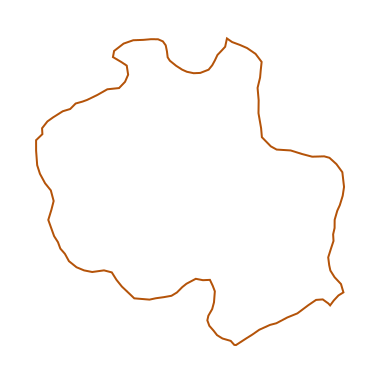 outline of Saatly District, Saatlı, Azerbaijan, rotated 175°
{"feature_id": "54616110B939777630101", "entity_name": "Saatly District", "entity_type": "district", "adm_level": 2, "iso_a3": "AZE", "parent_name": "Azerbaijan", "parent_adm1": "Saatlı", "projection": "mercator", "projection_center": [48.463, 39.842], "detail": "fine", "context": "isolated", "style": "outline", "palette": "amber", "viewbox_px": 384, "rotation_deg": 175, "n_neighbors": 0, "source": "geoboundaries", "source_scale": "gbopen_adm2", "svg_char_len": 1764}
<svg xmlns="http://www.w3.org/2000/svg" viewBox="0 0 384 384"><g transform="rotate(175 192 192)"><path d="M64.3,67.0L60.2,71.6L55.1,76.2L49.9,78.8L51.6,87.3L57.4,94.7L61.0,101.7L61.7,107.1L62.0,115.0L58.4,123.7L55.3,130.9L55.1,137.5L53.1,143.7L52.3,151.9L48.9,160.7L45.9,166.0L42.2,175.1L40.1,183.8L40.5,198.6L45.7,207.2L52.1,214.1L57.2,216.0L69.2,216.7L79.2,220.3L90.1,224.8L104.0,226.9L109.5,230.6L117.6,240.5L117.6,249.5L118.9,264.7L117.6,277.6L117.6,290.0L114.2,300.1L112.9,307.4L111.3,315.5L116.6,324.0L124.6,330.6L131.4,334.3L139.0,337.9L143.8,341.9L144.0,341.3L146.3,333.8L149.8,330.6L154.7,326.3L157.8,321.0L160.8,316.5L164.8,312.4L173.4,309.9L180.0,310.2L185.9,312.0L186.6,312.2L191.1,314.7L196.8,319.1L202.6,324.7L204.5,328.3L204.7,334.3L205.4,340.4L207.9,344.6L212.5,347.1L219.4,347.8L227.3,347.8L237.3,348.3L247.2,345.8L257.3,339.3L259.0,333.3L251.3,327.8L246.0,323.6L245.4,314.4L249.1,307.6L255.6,301.9L267.4,301.7L277.9,296.9L288.4,292.9L293.2,291.6L300.2,290.3L306.1,285.3L313.7,283.7L323.8,278.5L329.9,274.9L335.8,268.6L336.0,262.7L342.8,257.2L343.7,246.7L343.9,232.2L341.9,223.4L337.6,213.5L332.5,205.9L330.6,195.1L333.6,186.6L337.6,176.7L333.2,160.0L329.9,153.7L328.1,147.1L324.0,141.5L320.6,133.8L313.6,127.1L306.3,123.3L298.4,121.0L286.5,121.6L278.9,118.9L274.9,111.1L270.1,103.9L262.3,95.1L258.8,91.1L243.7,88.5L237.3,89.3L229.3,89.7L221.5,90.4L215.8,93.2L210.0,98.1L205.5,101.1L195.8,105.2L188.8,103.2L181.8,102.9L179.5,96.7L177.9,91.1L179.7,80.2L182.1,73.6L186.5,67.3L187.9,62.8L186.4,57.2L182.6,52.0L179.5,47.2L174.4,43.4L166.4,40.3L163.2,36.0L161.5,35.7L150.2,41.7L144.3,44.7L137.0,48.9L125.9,52.8L119.4,53.9L108.0,58.7L97.6,61.9L86.0,69.1L77.8,73.7L71.1,73.6L65.9,69.1L64.3,67.0Z" fill="none" stroke="#b45309" stroke-width="2"/></g></svg>